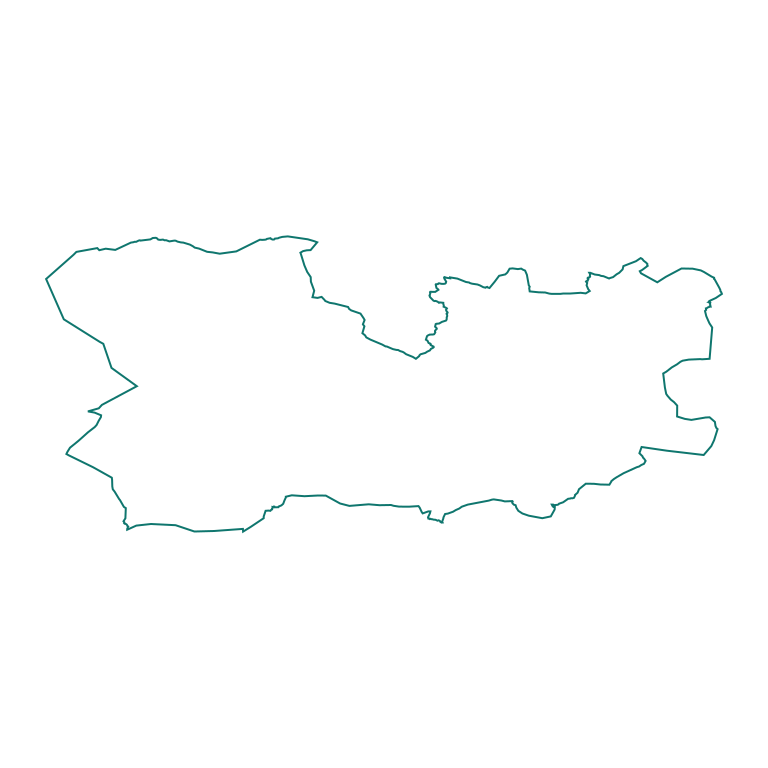 outline of Tokke nor, Telemark, Norway
{"feature_id": "86288312B10810953516710", "entity_name": "Tokke nor", "entity_type": "district", "adm_level": 2, "iso_a3": "NOR", "parent_name": "Norway", "parent_adm1": "Telemark", "projection": "robinson", "projection_center": [7.933, 59.464], "detail": "fine", "context": "isolated", "style": "outline", "palette": "teal", "viewbox_px": 768, "rotation_deg": 0, "n_neighbors": 0, "source": "geoboundaries", "source_scale": "gbopen_adm2", "svg_char_len": 6095}
<svg xmlns="http://www.w3.org/2000/svg" viewBox="0 0 768 768"><path d="M559.0,503.7L563.1,502.3L568.1,498.8L570.5,498.5L571.0,498.2L572.5,498.3L574.0,497.8L575.1,495.5L575.0,495.0L577.6,492.7L579.0,489.2L585.8,483.7L593.9,483.8L600.5,484.5L609.4,484.7L611.2,481.7L611.3,481.2L613.8,479.1L616.7,477.2L623.6,473.2L636.8,467.2L639.1,466.5L641.3,465.0L644.0,463.8L645.6,460.9L644.1,458.7L643.0,457.6L642.5,456.3L639.4,453.2L641.6,447.0L666.9,450.7L703.7,455.0L711.3,446.1L714.1,440.2L717.6,429.1L716.4,428.0L715.5,426.0L714.9,421.9L709.6,417.3L705.6,417.5L691.4,419.9L684.9,418.9L677.1,416.5L677.2,405.6L674.0,402.1L670.8,399.6L667.5,395.8L666.2,393.9L664.9,387.5L663.2,373.5L666.3,371.7L671.8,367.4L677.1,364.3L680.4,361.8L682.6,360.7L688.8,359.6L700.3,359.1L702.0,359.3L709.6,358.8L712.2,327.5L709.5,323.4L708.3,320.8L706.3,316.2L705.0,311.0L706.1,309.9L705.9,308.4L706.8,308.2L707.6,307.5L709.3,306.9L709.5,306.5L710.6,306.6L710.0,303.8L710.2,303.0L708.7,302.3L709.7,301.9L709.1,301.3L709.3,301.0L715.8,298.0L721.9,293.9L721.2,292.1L720.5,291.3L720.3,289.9L719.2,287.6L714.4,278.9L714.0,278.8L713.9,278.0L714.0,277.7L711.6,276.6L704.0,272.0L700.8,270.4L692.7,268.7L681.5,268.5L665.9,276.8L657.3,282.3L641.0,273.3L639.8,271.2L642.1,270.0L647.6,265.9L647.2,265.5L647.4,264.0L646.2,262.7L643.6,260.7L642.3,259.0L640.6,258.1L636.0,261.2L623.4,266.1L622.6,269.4L619.2,272.8L616.6,274.3L613.1,277.1L609.8,278.1L609.1,278.5L603.5,276.2L601.1,275.9L599.2,275.1L594.7,274.5L590.3,272.8L589.3,272.8L590.2,274.3L590.0,274.6L589.9,275.4L590.1,276.6L589.7,277.1L587.9,277.7L587.6,278.1L588.4,279.0L587.7,279.9L587.8,280.6L586.3,281.2L586.0,281.6L587.2,282.9L586.6,285.3L588.2,289.1L589.7,291.0L585.7,293.4L580.7,292.8L570.6,293.5L563.4,293.5L560.2,293.9L551.9,293.9L549.3,293.6L545.2,292.5L538.7,292.3L529.7,291.4L529.2,288.1L529.7,286.7L528.8,285.4L526.9,274.8L525.1,270.6L522.8,269.6L521.2,268.6L517.9,269.1L512.6,268.4L509.6,268.7L507.3,272.6L505.3,274.4L499.1,275.8L494.7,281.7L489.5,288.0L487.6,287.4L487.2,286.9L486.1,287.2L485.6,287.7L483.3,287.2L479.9,285.4L477.5,284.5L472.1,283.7L470.0,283.1L469.1,282.5L466.0,282.0L457.4,278.6L450.1,277.4L450.2,278.3L446.6,277.8L444.5,277.1L444.1,277.4L444.3,278.5L446.2,281.7L445.7,283.2L445.2,283.6L443.8,283.9L441.9,283.9L439.0,283.3L438.5,283.4L437.9,284.1L435.8,284.3L435.7,284.5L436.4,287.9L437.8,289.0L438.4,289.8L435.2,291.9L430.3,291.8L430.0,292.2L430.3,293.3L429.5,295.6L429.9,296.0L429.8,296.6L430.1,297.2L433.5,300.7L434.7,301.1L435.6,300.9L437.6,301.7L439.0,302.8L439.6,302.4L443.3,302.8L443.3,304.0L443.8,305.4L443.6,306.7L445.7,307.6L446.9,308.4L446.0,309.9L446.5,311.1L447.6,312.4L447.5,312.9L446.6,313.6L446.6,314.0L447.0,314.5L447.2,315.3L447.1,316.6L446.7,317.2L446.7,319.2L446.2,320.4L445.9,320.6L441.9,321.9L439.2,323.5L436.3,323.8L435.7,324.1L435.1,326.7L436.5,328.0L436.8,328.8L435.1,330.6L435.0,331.5L435.3,332.4L434.2,334.2L433.1,334.5L429.7,334.6L427.8,335.5L427.0,336.2L425.9,339.7L427.5,340.7L428.6,343.0L430.1,343.5L430.7,344.1L430.4,344.6L430.7,345.1L433.6,346.6L433.7,347.2L433.2,347.7L430.9,348.9L429.9,350.4L427.1,351.7L425.4,352.9L420.5,354.3L419.4,355.4L419.2,356.1L415.9,358.8L412.8,356.9L406.1,354.2L403.7,352.4L402.5,351.8L400.1,351.1L398.1,350.0L396.4,349.9L392.9,349.1L386.8,346.5L385.5,346.4L382.3,344.6L370.4,339.6L366.3,337.4L365.1,335.4L362.4,333.2L364.4,326.3L362.9,324.3L364.6,320.0L363.6,318.2L360.5,313.6L351.2,310.4L349.1,308.9L348.1,307.0L334.6,303.6L329.6,302.8L325.3,301.0L324.5,299.9L321.6,296.9L317.5,297.9L312.5,297.2L314.2,290.7L310.9,281.7L310.7,277.1L307.2,271.9L304.4,265.4L300.8,253.7L300.4,252.7L303.1,251.1L306.8,250.3L310.6,250.1L317.2,242.3L314.3,241.2L307.8,239.3L287.8,236.4L282.3,236.9L279.2,237.7L278.0,238.3L274.9,238.6L274.3,239.4L272.9,239.6L271.3,239.1L270.5,238.2L266.9,238.9L266.3,239.4L265.1,239.7L262.2,239.9L259.9,239.7L236.3,251.4L219.7,253.7L212.6,252.4L207.1,251.8L199.1,248.6L194.7,247.6L193.0,246.3L189.9,244.6L183.3,242.6L180.9,242.4L177.5,241.6L175.7,240.7L174.3,240.6L169.4,241.4L166.1,240.2L164.6,240.3L163.0,239.6L160.1,239.9L158.2,239.6L156.8,238.2L155.8,237.8L152.8,238.0L150.4,239.4L140.4,240.6L139.9,240.3L138.6,240.6L136.2,241.8L134.5,241.8L133.5,242.2L130.9,242.6L115.3,249.9L105.7,248.7L99.3,250.2L97.3,248.1L76.4,251.9L73.5,254.8L46.1,279.0L63.8,319.3L99.8,341.9L103.3,343.8L111.5,367.9L136.8,386.2L101.9,404.9L98.8,408.3L87.9,411.4L94.6,412.6L101.1,415.3L100.9,417.1L98.7,420.8L96.6,425.0L94.7,427.1L88.1,432.2L78.6,440.7L70.0,447.7L67.4,451.9L66.4,454.0L68.9,455.4L93.0,467.2L111.8,477.7L112.1,479.8L112.3,486.5L112.8,489.3L114.6,491.6L119.1,499.0L120.0,500.1L123.9,506.9L125.8,508.1L125.4,518.3L123.5,521.3L124.4,522.3L124.4,522.7L124.1,523.1L124.6,523.7L125.4,523.8L126.4,524.3L127.1,525.1L127.4,526.0L128.2,526.5L127.2,528.9L127.2,529.7L136.3,525.6L151.0,524.0L175.6,525.2L194.4,531.5L214.1,531.0L242.9,528.9L243.1,531.6L250.7,526.9L263.7,518.2L263.7,516.5L265.6,510.8L268.4,510.6L270.4,510.8L271.1,509.9L272.1,509.4L272.0,508.7L272.6,508.0L272.5,507.0L272.9,507.1L273.8,506.5L274.4,506.6L274.6,507.3L278.4,507.2L278.7,506.5L281.4,505.4L283.2,503.8L284.4,500.6L286.0,497.1L285.9,496.7L291.8,495.3L304.5,496.2L318.2,495.5L325.8,495.6L340.1,503.5L349.4,505.9L368.7,504.3L379.4,505.2L391.0,505.0L393.6,505.8L399.0,506.6L408.7,506.7L418.5,506.1L419.7,507.7L421.7,512.0L422.7,513.4L428.3,511.4L430.4,511.4L429.9,513.4L428.0,517.3L428.1,517.8L428.5,518.0L428.5,518.6L429.3,518.7L429.8,519.1L430.6,518.8L431.3,519.2L432.2,519.2L433.4,519.6L435.6,519.8L437.5,520.7L438.7,520.3L439.9,521.0L440.2,521.3L440.3,521.8L441.6,522.6L442.5,522.5L442.1,521.8L443.3,518.5L443.5,517.3L445.1,514.0L447.8,513.6L453.1,511.7L455.7,510.1L459.3,508.5L461.8,506.7L467.8,504.6L488.8,500.6L492.1,499.6L493.8,499.4L501.3,500.5L504.8,501.4L512.4,501.1L512.7,501.6L512.2,502.5L512.5,503.3L513.9,504.7L515.6,505.2L516.3,507.6L518.3,510.8L522.4,513.5L528.8,515.7L542.3,518.2L550.8,516.4L554.6,509.6L554.8,507.4L554.8,507.0L553.6,507.0L553.6,506.8L552.5,506.0L551.8,504.6L553.2,504.6L554.0,505.1L554.7,505.1L557.5,504.8L558.5,504.4L559.0,503.7Z" fill="none" stroke="#0f766e" stroke-width="2"/></svg>